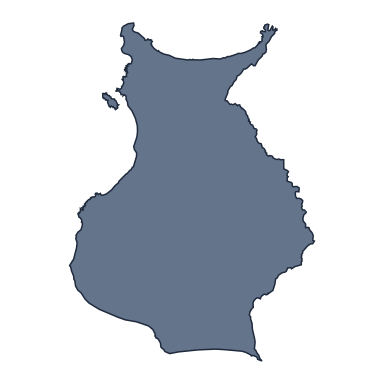 the district of Santa Isabel, Boa Vista, Cabo Verde
{"feature_id": "66160863B6342114798882", "entity_name": "Santa Isabel", "entity_type": "district", "adm_level": 2, "iso_a3": "CPV", "parent_name": "Cabo Verde", "parent_adm1": "Boa Vista", "projection": "robinson", "projection_center": [-22.884, 16.099], "detail": "fine", "context": "isolated", "style": "filled", "palette": "slate", "viewbox_px": 384, "rotation_deg": 0, "n_neighbors": 0, "source": "geoboundaries", "source_scale": "gbopen_adm2", "svg_char_len": 5837}
<svg xmlns="http://www.w3.org/2000/svg" viewBox="0 0 384 384"><path d="M274.7,33.4L274.6,32.1L275.7,30.8L277.0,30.2L276.9,29.2L276.2,29.6L275.6,28.4L274.4,29.9L272.7,30.0L273.0,26.9L272.3,26.1L269.9,30.6L268.6,30.6L267.8,29.8L268.8,24.6L267.4,24.1L264.8,25.2L264.5,26.8L263.8,27.0L263.8,28.4L265.4,30.0L265.3,31.6L263.7,31.6L262.3,30.8L260.7,31.4L260.5,32.9L262.6,34.3L263.0,36.2L262.8,36.8L262.1,36.8L262.6,37.5L262.0,38.1L262.0,41.1L261.4,41.7L259.6,41.8L259.9,43.0L259.3,43.4L258.5,43.0L258.4,43.9L255.2,47.6L253.2,48.1L250.6,49.9L245.1,52.3L241.1,53.4L238.0,53.4L236.2,54.4L229.6,56.5L227.3,56.6L225.3,57.9L223.2,57.8L220.4,59.0L213.2,58.5L200.2,60.0L193.4,59.8L192.9,59.3L191.9,60.0L189.7,59.5L188.0,60.0L175.3,58.2L169.2,55.3L163.9,54.1L159.3,51.9L158.7,50.9L158.4,51.3L156.9,50.6L154.0,48.4L151.5,45.3L151.7,44.5L150.9,43.8L152.3,41.4L151.4,40.8L151.5,40.1L150.4,39.7L149.4,40.2L148.6,39.2L147.7,39.0L146.9,40.0L145.1,40.4L144.5,38.6L138.3,33.1L134.5,31.9L133.2,31.0L132.3,29.4L134.0,25.6L133.6,23.0L128.2,23.7L123.5,26.2L121.9,28.1L122.0,29.5L120.5,35.4L121.0,36.4L122.7,36.0L123.7,37.1L124.5,42.5L123.5,45.8L121.4,48.5L121.7,50.3L122.4,51.9L124.2,53.4L128.3,54.5L131.1,56.5L132.3,59.9L131.2,63.6L130.1,64.0L129.1,63.5L127.7,64.4L127.5,65.2L126.5,65.4L127.0,65.4L126.3,65.8L127.0,66.1L126.6,66.6L127.1,66.6L126.6,66.9L127.4,66.9L126.2,67.4L124.8,69.4L125.5,69.4L125.3,69.8L126.2,69.3L125.9,69.9L126.6,69.8L125.9,71.3L126.6,71.1L126.4,71.7L127.2,71.7L127.6,72.5L126.3,73.8L126.5,76.3L125.9,76.2L124.9,77.2L123.8,76.4L123.1,76.7L122.9,76.8L123.3,79.2L122.2,79.4L123.3,80.7L123.8,82.7L122.7,85.6L121.6,86.5L121.8,87.4L121.3,88.5L120.1,89.3L117.1,88.3L116.7,89.3L117.6,90.3L115.4,91.3L118.9,90.8L119.4,91.8L120.3,92.2L121.1,94.6L122.6,94.5L123.3,95.2L123.2,95.7L124.3,94.8L125.6,95.7L126.3,97.4L125.9,99.0L127.4,101.8L128.0,105.8L131.9,110.8L135.4,118.3L137.3,125.6L137.5,131.8L136.9,136.9L133.7,146.6L134.4,149.5L136.6,152.9L136.5,156.5L133.5,166.6L132.4,167.3L130.8,170.0L129.8,170.4L127.1,173.6L126.1,174.0L119.0,181.2L118.3,182.9L114.7,186.0L111.7,189.8L106.5,193.9L103.1,195.2L101.2,195.1L100.3,193.4L98.6,194.5L97.2,193.1L95.8,193.2L95.3,194.0L96.0,194.1L96.0,194.8L95.4,196.1L94.5,197.0L93.1,196.8L90.9,197.5L91.0,198.2L90.2,198.4L90.1,199.5L88.7,199.6L87.4,200.8L87.0,201.8L86.6,201.6L85.5,202.9L85.5,204.1L84.9,203.8L84.7,203.9L85.3,205.0L84.5,205.2L84.7,206.5L83.1,206.3L83.2,207.9L82.2,207.8L82.8,208.6L83.0,210.0L81.7,209.2L81.3,209.6L80.4,208.7L80.4,211.6L79.4,212.1L79.6,212.5L79.0,212.8L79.1,213.2L78.4,213.1L77.9,213.5L79.1,217.3L80.0,217.6L81.5,219.6L81.9,221.9L81.5,222.2L82.5,223.2L82.2,225.8L80.9,229.9L77.9,232.2L75.9,235.5L76.4,236.7L75.8,238.4L77.1,242.9L76.5,248.0L73.7,259.0L69.6,265.5L70.7,267.1L71.6,271.1L73.6,276.0L73.9,279.4L74.8,280.7L75.6,286.2L77.9,290.2L81.2,293.0L85.1,299.1L89.2,303.2L99.4,309.4L118.4,317.4L125.1,319.8L136.4,321.8L148.7,326.0L152.9,329.6L154.8,333.2L155.4,335.3L154.9,335.9L156.3,338.2L157.1,338.1L158.5,339.6L160.4,342.9L161.0,347.3L163.8,349.7L164.9,351.5L169.7,353.6L178.5,351.9L197.9,349.9L215.9,349.1L226.5,349.8L241.8,351.2L245.4,352.2L250.5,354.7L251.3,355.9L253.0,355.5L255.7,356.4L257.2,357.5L257.6,359.3L262.0,361.0L259.8,358.4L258.7,355.2L256.8,352.8L255.8,350.4L254.4,348.9L255.1,342.3L254.7,339.2L252.4,329.0L252.0,323.2L250.5,318.8L250.7,317.2L249.3,315.0L250.0,311.8L252.1,308.3L253.3,307.4L253.0,303.2L253.7,301.0L255.9,298.5L257.6,297.7L260.4,298.8L261.2,296.4L263.8,294.4L264.7,294.1L265.9,294.8L267.8,294.3L268.0,293.2L268.8,293.3L272.9,290.4L274.9,284.0L275.6,279.0L277.3,277.8L278.5,275.3L282.2,272.7L284.8,272.2L286.3,271.3L287.7,268.0L290.9,267.6L291.5,268.8L295.1,266.5L301.3,264.8L301.3,261.9L302.0,261.2L302.0,260.5L301.9,258.2L301.2,257.4L301.8,255.7L301.4,254.6L302.6,253.2L302.7,251.4L307.9,245.6L310.7,243.8L312.6,243.8L314.4,241.1L312.8,240.3L313.2,235.5L311.9,232.5L309.4,229.6L309.2,228.0L308.6,227.5L305.6,227.5L305.6,224.0L303.2,221.0L302.9,218.6L303.5,216.0L304.0,214.5L305.9,213.0L306.2,212.0L304.4,210.0L302.5,209.9L301.5,207.7L302.2,206.2L301.6,204.1L302.4,202.9L302.7,200.5L300.9,198.9L299.0,198.3L296.6,198.4L295.5,196.1L295.3,192.8L296.0,191.5L298.9,191.8L299.2,188.0L297.1,186.5L292.8,186.7L292.1,185.2L292.2,183.4L291.5,182.6L287.1,181.1L287.3,177.6L288.2,176.7L287.3,176.1L287.0,173.9L288.5,171.8L287.5,170.6L283.8,168.8L283.7,159.7L280.4,159.7L278.9,159.0L277.3,159.5L275.6,159.2L273.1,157.9L272.5,156.3L269.8,155.5L268.7,156.2L266.7,154.9L266.6,153.0L265.9,152.9L265.3,151.9L265.6,151.3L264.2,148.7L262.3,147.4L261.2,143.8L258.6,143.0L257.4,141.4L256.4,138.3L255.2,137.0L256.8,133.9L256.3,132.5L257.0,130.4L256.5,129.2L254.0,128.4L252.6,125.1L251.1,124.6L250.3,123.7L250.0,122.7L250.3,122.0L248.5,121.1L248.7,120.3L249.2,120.2L249.0,119.2L248.1,118.2L247.5,115.6L246.5,114.9L245.5,111.4L243.1,108.9L241.9,108.6L241.8,107.8L240.6,107.2L239.7,104.9L238.0,105.0L237.5,105.7L235.1,103.6L234.4,104.2L232.4,104.7L231.2,104.1L229.7,104.3L227.3,101.0L225.4,100.7L225.1,99.4L227.7,93.1L228.0,90.6L230.4,86.6L232.2,85.4L233.8,82.0L236.1,79.6L237.1,76.1L239.4,74.9L241.5,72.7L243.8,69.0L245.2,69.1L247.0,68.1L251.4,63.9L253.9,65.8L255.1,65.7L258.2,60.0L262.0,56.3L262.9,54.0L263.9,53.9L265.9,52.2L266.4,49.6L265.9,44.5L269.0,41.3L271.6,36.5L274.7,33.4ZM105.4,93.3L104.7,93.7L103.3,93.4L102.7,93.7L102.9,97.7L103.6,98.5L104.5,98.3L105.8,100.1L106.3,99.7L106.9,100.3L108.0,100.3L107.6,102.3L109.1,106.2L110.3,107.2L110.5,106.3L111.3,106.0L111.9,106.7L113.0,106.7L113.1,107.5L113.9,107.4L115.0,108.2L115.0,108.9L115.9,108.6L115.9,109.3L117.5,108.1L117.8,107.5L117.2,105.9L118.6,104.9L117.5,104.6L116.7,102.4L115.6,100.4L114.8,100.2L114.4,99.0L111.8,98.9L111.0,98.1L111.0,97.2L109.9,96.7L109.5,95.7L108.0,95.4L107.2,94.2L106.1,94.4L105.9,93.6L105.4,94.1L105.7,93.6L105.3,93.8L105.4,93.3Z" fill="#64748b" stroke="#1e293b" stroke-width="1.5"/></svg>